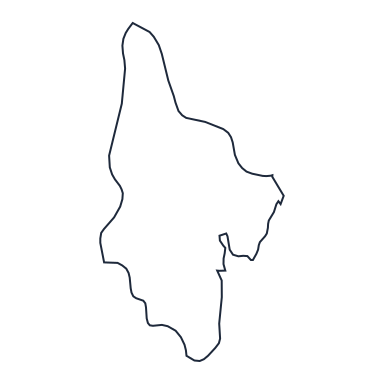 map outline of Ninh Thuận (Equal Earth projection)
{"feature_id": "VNM-481", "entity_name": "Ninh Thuận", "entity_type": "Province", "adm_level": 1, "iso_a3": "VNM", "parent_name": "Vietnam", "parent_adm1": "", "projection": "equal_earth", "projection_center": [108.921, 11.746], "detail": "fine", "context": "isolated", "style": "outline", "palette": "slate", "viewbox_px": 384, "rotation_deg": 0, "n_neighbors": 0, "source": "natural_earth", "source_scale": "10m", "svg_char_len": 1505}
<svg xmlns="http://www.w3.org/2000/svg" viewBox="0 0 384 384"><path d="M272.4,175.2L272.3,176.8L283.7,195.8L280.6,204.1L278.4,201.2L276.4,204.2L273.9,212.1L268.8,220.5L268.1,223.9L267.9,227.8L266.8,233.5L265.1,236.2L259.9,242.1L258.8,245.2L258.1,249.6L256.4,253.8L252.9,260.0L250.9,260.0L247.4,256.1L243.2,255.8L238.4,256.3L233.0,254.7L229.7,249.7L227.5,236.3L226.2,233.5L219.5,235.7L219.9,240.6L223.2,245.5L225.3,247.9L224.7,253.2L223.6,258.5L223.5,264.1L225.3,270.6L219.2,270.8L217.2,270.6L221.7,280.5L221.8,297.2L219.2,323.6L220.1,338.6L218.9,343.2L215.3,347.9L208.1,355.7L203.9,359.2L199.7,361.0L194.4,360.5L186.5,355.8L185.9,350.2L184.5,344.7L180.9,337.2L175.6,330.7L167.7,326.2L161.9,324.9L152.9,325.8L149.8,325.3L147.9,323.0L146.7,318.4L146.0,307.4L145.3,303.3L143.3,300.7L136.1,298.2L133.3,296.3L131.5,292.6L130.7,288.3L129.7,277.6L128.6,273.0L126.3,268.7L122.2,265.4L117.6,262.9L104.1,262.4L100.3,242.9L100.3,238.5L101.2,232.9L103.9,229.1L114.1,217.4L120.2,206.6L122.4,199.1L122.8,193.2L121.6,189.4L119.9,185.9L114.9,179.3L112.1,174.4L109.8,167.4L109.1,155.6L121.8,103.7L125.1,68.6L124.4,60.2L123.0,53.4L122.4,45.6L123.4,38.8L125.7,33.0L128.3,28.8L132.7,23.0L149.6,32.0L153.8,36.8L158.8,45.1L161.8,53.9L168.3,80.5L173.8,96.1L175.5,102.6L178.5,111.0L182.2,115.3L186.2,117.9L205.1,121.9L223.3,129.1L228.2,132.8L231.0,137.2L232.7,142.4L234.9,154.9L238.4,163.3L242.1,168.0L246.5,171.6L252.2,173.7L262.7,175.9L266.4,176.1L270.7,175.7L272.4,175.2Z" fill="none" stroke="#1e293b" stroke-width="2"/></svg>